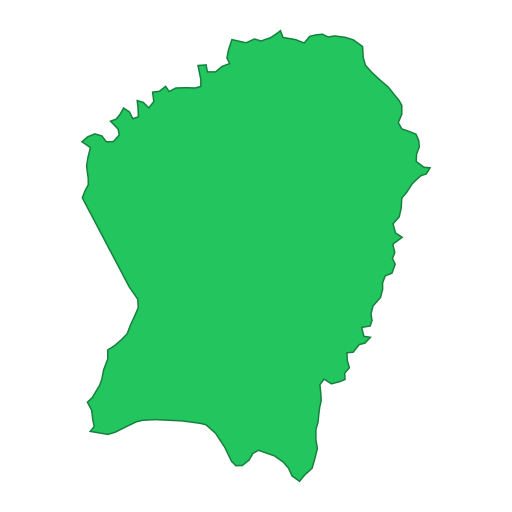 Alcantil, Paraíba, Brazil (orthographic projection)
{"feature_id": "56859067B64154070664732", "entity_name": "Alcantil", "entity_type": "district", "adm_level": 2, "iso_a3": "BRA", "parent_name": "Brazil", "parent_adm1": "Paraíba", "projection": "orthographic", "projection_center": [-36.044, -7.697], "detail": "fine", "context": "isolated", "style": "filled", "palette": "green", "viewbox_px": 512, "rotation_deg": 0, "n_neighbors": 0, "source": "geoboundaries", "source_scale": "gbopen_adm2", "svg_char_len": 2205}
<svg xmlns="http://www.w3.org/2000/svg" viewBox="0 0 512 512"><path d="M430.0,167.8L423.8,167.2L416.2,161.4L416.6,153.9L419.3,146.9L418.8,140.8L416.0,134.2L409.0,131.4L401.8,128.9L398.3,122.6L401.8,114.1L401.8,105.4L399.0,100.4L394.0,94.3L388.3,87.1L380.2,80.2L371.7,72.3L365.4,65.2L363.2,57.4L362.6,46.6L353.6,40.0L345.6,37.4L334.6,35.9L328.2,37.0L322.4,34.2L315.8,34.9L309.7,36.4L304.2,43.0L295.5,39.6L288.6,38.4L282.9,37.4L280.5,30.7L275.4,34.5L270.5,37.7L261.1,41.0L254.5,39.0L246.0,42.8L239.1,41.2L231.9,39.6L228.4,50.3L226.9,58.0L229.7,63.6L221.9,66.5L215.6,71.9L207.4,71.9L206.1,64.9L198.0,65.5L199.5,73.1L200.8,79.2L200.8,86.4L195.2,88.0L186.4,87.7L175.8,88.0L169.1,91.5L165.6,86.4L159.4,91.3L152.6,92.1L153.8,101.6L148.8,107.9L143.2,102.3L137.2,100.6L138.0,107.3L138.4,116.8L132.8,118.7L129.6,112.1L123.6,108.0L120.2,114.1L116.2,119.1L110.5,121.2L118.0,128.9L119.3,134.9L113.4,141.6L106.4,141.8L101.8,135.9L94.8,133.9L87.7,136.8L82.0,141.8L90.4,147.6L88.0,157.1L86.6,165.8L87.3,171.9L88.2,178.3L88.3,184.8L85.1,190.6L82.3,197.8L129.3,287.0L137.8,299.3L138.2,307.8L134.3,316.8L130.4,325.2L127.1,333.9L121.2,339.9L114.6,345.6L107.7,350.0L107.8,358.8L103.6,369.9L101.8,379.3L99.6,385.4L96.4,390.6L92.4,397.5L87.4,402.2L91.7,410.4L92.8,419.7L94.2,426.6L90.2,431.4L108.0,434.4L115.2,432.2L127.8,425.9L136.6,421.7L142.5,420.3L155.3,419.6L182.0,420.9L200.1,423.3L205.9,424.7L215.5,433.2L224.9,447.5L231.5,461.3L235.9,465.7L242.3,465.5L249.1,460.1L252.9,453.4L258.5,450.3L274.5,455.9L283.5,462.3L288.6,468.3L292.0,475.9L299.5,481.3L304.5,475.2L312.1,468.2L314.9,458.5L317.4,448.4L315.9,439.9L315.9,429.4L318.1,421.9L318.7,415.2L319.7,407.2L321.2,400.7L320.8,393.3L319.9,384.8L324.0,379.1L331.3,383.8L339.0,381.9L345.0,379.5L344.7,373.1L349.4,367.8L347.3,360.4L346.9,352.8L353.2,352.2L359.2,344.6L365.0,343.1L370.4,337.3L363.9,336.3L361.7,327.4L370.2,326.0L372.0,320.5L371.0,313.9L373.0,306.0L380.5,297.5L382.6,289.5L382.6,282.9L385.2,275.9L392.0,273.1L395.2,264.2L392.4,258.5L394.8,252.6L392.8,244.2L402.2,237.3L395.5,232.9L393.0,223.8L399.2,216.9L401.2,208.0L401.8,198.1L406.6,192.5L412.2,183.8L416.6,179.5L420.9,175.7L426.3,173.9L430.0,167.8Z" fill="#22c55e" stroke="#15803d" stroke-width="1.5"/></svg>